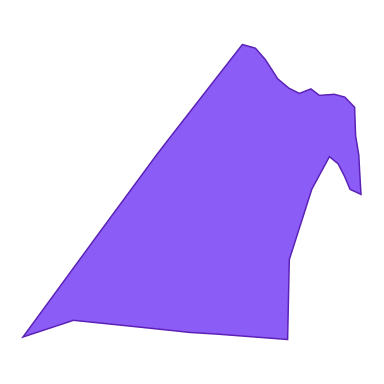 Telha, Sergipe, Brazil
{"feature_id": "56859067B37767461390703", "entity_name": "Telha", "entity_type": "district", "adm_level": 2, "iso_a3": "BRA", "parent_name": "Brazil", "parent_adm1": "Sergipe", "projection": "albers", "projection_center": [-36.872, -10.187], "detail": "fine", "context": "isolated", "style": "filled", "palette": "violet", "viewbox_px": 384, "rotation_deg": 0, "n_neighbors": 0, "source": "geoboundaries", "source_scale": "gbopen_adm2", "svg_char_len": 502}
<svg xmlns="http://www.w3.org/2000/svg" viewBox="0 0 384 384"><path d="M358.8,155.0L355.6,135.7L354.6,107.3L344.8,97.1L334.3,94.3L319.4,95.4L310.9,88.9L299.3,93.4L288.9,88.2L277.8,78.9L265.2,59.4L255.4,48.2L242.4,44.5L232.4,57.3L166.7,141.7L156.5,155.0L99.6,232.3L23.0,337.0L73.4,320.3L172.9,330.6L189.3,332.4L217.0,334.1L287.6,339.5L289.3,259.6L311.9,189.0L329.4,156.7L338.1,163.8L344.5,176.2L350.1,189.4L361.0,194.4L359.5,168.8L358.8,155.0Z" fill="#8b5cf6" stroke="#5b21b6" stroke-width="1.5"/></svg>